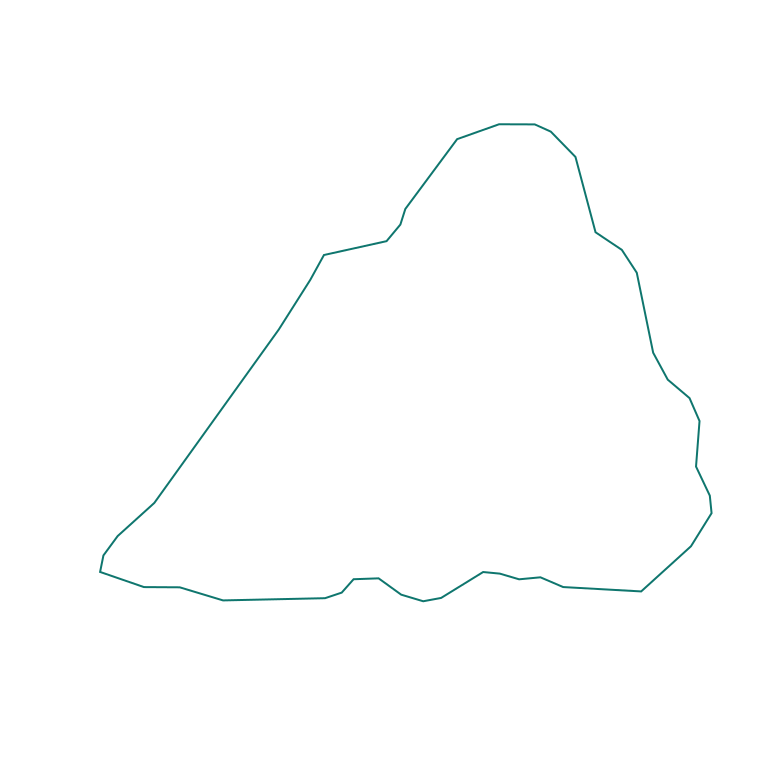 the district of Santo Tomás La Unión, Sololá, Guatemala, rotated 82°
{"feature_id": "79465075B46149189037387", "entity_name": "Santo Tomás La Unión", "entity_type": "district", "adm_level": 2, "iso_a3": "GTM", "parent_name": "Guatemala", "parent_adm1": "Sololá", "projection": "mercator", "projection_center": [-91.41, 14.619], "detail": "fine", "context": "isolated", "style": "outline", "palette": "teal", "viewbox_px": 768, "rotation_deg": 82, "n_neighbors": 0, "source": "geoboundaries", "source_scale": "gbopen_adm2", "svg_char_len": 676}
<svg xmlns="http://www.w3.org/2000/svg" viewBox="0 0 768 768"><g transform="rotate(82 384 384)"><path d="M625.2,158.2L587.4,102.6L557.5,77.6L539.9,76.9L509.2,86.5L464.6,76.7L440.5,83.4L419.2,102.4L390.5,113.1L309.0,118.2L284.3,129.8L263.2,153.4L185.8,162.8L157.3,183.7L147.9,198.6L142.8,233.9L151.7,277.5L213.6,338.5L228.4,345.6L242.9,361.6L247.9,425.5L270.6,442.5L315.5,480.7L469.8,628.0L497.5,668.9L514.7,685.7L530.6,691.3L551.7,650.0L556.9,614.6L575.9,573.5L587.9,472.2L584.7,454.9L573.1,441.3L575.7,416.4L595.0,396.3L604.6,375.4L603.8,357.2L584.0,312.0L587.9,295.7L596.2,277.4L597.2,256.0L610.0,234.9L625.2,158.2Z" fill="none" stroke="#0f766e" stroke-width="2"/></g></svg>